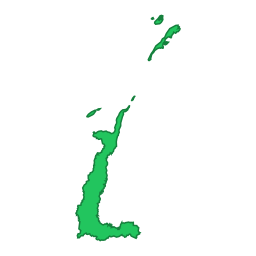 Halmahera Tengah, Maluku Utara, Indonesia, rotated 270°
{"feature_id": "22746128B46636453933041", "entity_name": "Halmahera Tengah", "entity_type": "district", "adm_level": 2, "iso_a3": "IDN", "parent_name": "Indonesia", "parent_adm1": "Maluku Utara", "projection": "mercator", "projection_center": [128.383, 0.221], "detail": "fine", "context": "isolated", "style": "filled", "palette": "green", "viewbox_px": 256, "rotation_deg": 270, "n_neighbors": 0, "source": "geoboundaries", "source_scale": "gbopen_adm2", "svg_char_len": 5749}
<svg xmlns="http://www.w3.org/2000/svg" viewBox="0 0 256 256"><g transform="rotate(270 128 128)"><path d="M33.6,133.3L33.3,132.2L33.6,132.1L33.6,130.5L33.3,130.3L33.9,128.7L33.3,125.3L32.8,124.8L32.6,125.0L33.1,123.4L32.8,121.9L33.5,121.8L31.1,120.5L29.6,120.3L28.7,119.3L28.5,118.4L28.1,118.4L28.1,119.2L28.5,119.4L28.1,119.9L27.8,119.1L26.6,119.1L26.6,118.5L27.2,119.0L27.7,118.9L27.6,118.6L28.0,118.7L27.4,118.3L27.7,117.9L27.3,117.5L28.0,117.0L27.8,116.5L28.9,114.3L28.6,112.2L29.1,112.8L29.1,111.7L30.2,111.7L29.8,111.5L29.4,111.0L29.4,110.8L29.7,110.5L29.6,111.0L30.0,111.3L30.3,111.2L29.9,110.9L29.9,110.7L30.4,111.0L30.1,110.4L30.6,110.9L31.4,110.6L31.3,111.2L31.8,110.9L31.3,110.2L31.7,110.1L31.6,109.7L30.7,109.4L30.8,109.0L31.3,109.0L30.6,108.8L30.5,108.5L31.2,108.7L30.7,108.2L31.5,108.4L31.8,107.3L32.2,107.3L32.1,106.6L32.5,106.6L31.8,105.4L32.0,104.8L31.1,103.4L31.4,102.4L33.0,100.1L34.2,99.6L34.5,98.9L35.2,99.1L35.7,98.5L37.7,98.6L39.2,96.9L39.6,97.1L40.2,96.7L40.3,98.2L41.3,97.2L41.9,97.7L43.8,97.7L44.6,98.1L45.6,97.6L46.2,98.0L47.7,97.3L50.6,98.4L52.4,97.4L53.6,99.4L55.0,99.3L56.2,100.1L57.4,100.2L59.7,99.1L61.6,99.9L61.8,100.5L62.3,99.9L63.0,99.9L63.7,100.2L63.5,100.9L63.9,101.1L63.5,101.2L63.9,101.8L64.9,101.9L64.4,102.3L64.7,102.7L64.2,102.8L64.3,103.2L66.7,102.9L67.6,104.0L68.9,104.1L69.5,105.1L70.6,105.3L71.1,105.0L71.1,104.0L71.6,103.7L71.9,105.2L72.7,105.7L74.4,106.2L74.9,105.6L74.9,106.3L76.1,106.7L76.5,106.5L76.3,106.9L76.9,107.1L78.5,106.6L80.6,107.1L83.4,106.1L85.4,106.8L88.2,105.9L89.3,106.0L91.3,107.4L93.3,107.5L95.6,106.3L97.3,106.6L97.6,106.2L97.9,106.4L97.6,106.6L98.8,107.6L100.0,107.3L100.8,107.8L101.0,109.2L101.8,109.5L102.2,110.4L102.7,110.4L102.4,110.7L102.7,110.9L102.4,111.1L102.7,111.1L102.7,112.1L103.4,112.2L104.5,113.4L106.7,113.8L107.9,115.1L108.9,115.4L109.6,116.5L114.3,116.3L116.8,116.7L119.9,117.5L120.7,118.3L122.1,118.4L123.5,119.2L126.0,118.9L130.1,120.7L133.0,120.7L139.2,122.4L141.8,123.5L143.5,123.2L144.5,124.4L144.3,125.0L144.7,125.9L146.2,127.7L147.6,128.2L148.7,129.2L150.7,129.6L147.4,127.2L146.5,125.7L146.1,122.7L144.7,121.0L142.7,119.5L140.6,118.7L137.7,116.9L135.9,116.4L133.9,116.7L132.1,116.4L131.4,115.8L128.1,114.7L127.2,115.3L124.7,114.8L123.0,113.4L122.4,111.3L123.6,109.5L124.0,107.5L124.9,106.2L124.3,102.9L125.1,101.4L124.7,98.8L124.0,97.3L122.7,95.9L122.7,95.2L123.7,94.6L124.0,94.0L123.6,93.4L122.6,94.0L120.6,93.1L119.8,93.3L119.2,94.3L119.1,95.6L118.5,96.4L117.6,96.5L117.9,97.3L116.7,98.5L116.8,99.9L117.3,100.8L117.0,101.5L112.3,102.6L111.8,104.1L110.0,104.8L109.6,104.0L107.9,104.1L107.3,102.9L106.5,102.9L105.4,101.9L103.7,101.6L103.6,100.7L102.9,100.1L103.1,97.5L102.2,97.0L101.3,98.0L101.3,96.6L100.6,95.9L98.7,95.3L97.8,95.8L97.3,94.9L95.2,94.2L93.9,94.5L91.5,94.1L91.0,94.5L90.6,93.7L88.6,93.9L87.1,93.2L85.7,93.5L83.7,92.0L83.2,90.3L82.1,90.0L80.9,89.1L80.7,88.2L77.0,88.3L76.2,89.0L75.5,88.9L74.5,86.4L72.9,86.4L71.8,85.5L71.2,84.4L68.1,82.7L65.1,83.5L64.7,83.2L64.3,84.0L63.5,83.7L63.0,84.1L62.2,84.0L61.1,83.4L59.1,84.1L57.3,83.5L56.9,83.9L55.5,82.2L54.9,82.0L54.3,82.5L53.0,81.1L50.8,80.9L50.5,78.0L49.7,77.7L48.3,78.3L47.6,77.5L47.1,77.8L45.9,77.6L45.1,76.8L44.1,76.9L43.1,76.1L42.4,76.0L42.4,76.5L41.6,76.8L40.9,76.7L41.3,77.4L40.3,78.3L39.5,78.2L38.7,78.9L38.3,78.5L37.7,78.9L37.3,78.6L37.2,79.2L36.8,79.4L35.3,78.6L34.4,79.8L27.1,78.9L25.5,80.7L22.6,80.1L22.1,79.2L22.3,78.2L21.1,77.6L20.1,77.3L19.4,77.9L18.2,77.7L18.3,79.3L20.3,81.1L20.3,83.1L21.6,83.8L22.9,86.1L21.8,86.7L21.6,87.5L22.2,89.7L21.0,90.3L19.9,91.6L20.6,92.6L19.5,93.8L19.8,95.9L19.1,97.0L18.3,96.3L17.3,96.1L16.7,96.5L16.2,97.6L16.7,98.6L15.4,100.2L16.0,101.4L15.8,103.1L16.1,105.1L17.9,107.0L17.9,108.1L18.9,108.4L19.9,109.8L19.3,110.5L19.2,111.2L20.0,113.8L18.9,116.5L19.5,119.0L21.4,121.9L20.5,122.2L20.0,123.8L18.8,124.7L19.3,126.1L20.8,126.9L20.6,128.0L21.9,129.4L21.7,130.4L20.2,131.0L19.7,131.7L17.7,136.1L18.9,136.8L19.2,136.4L20.1,136.5L20.9,137.1L22.0,139.4L22.3,139.3L23.2,140.0L23.3,139.0L23.8,139.1L25.0,138.2L28.3,138.7L29.5,137.2L30.4,136.8L30.6,133.4L33.6,133.3ZM202.5,151.3L196.4,148.3L195.6,148.6L195.5,149.3L196.6,150.8L197.6,150.7L201.6,151.7L203.7,153.7L205.5,154.8L207.8,158.0L207.7,158.7L208.1,159.4L207.8,160.6L208.5,161.6L207.8,162.3L207.9,163.1L209.0,163.3L210.2,162.8L211.7,162.9L213.1,163.4L214.5,164.8L217.1,165.3L217.3,166.1L218.7,167.5L219.4,169.2L218.8,169.6L218.2,171.0L219.0,171.5L219.5,171.1L220.1,171.3L220.4,171.9L221.5,172.3L222.2,173.2L223.8,173.7L222.8,175.4L223.4,176.4L224.2,176.6L224.4,178.2L226.3,179.8L227.4,180.0L227.9,179.4L227.5,178.1L229.5,179.7L229.0,178.5L229.2,178.0L230.8,178.1L230.6,175.8L227.4,169.8L222.5,166.4L218.6,164.7L217.1,162.4L214.0,160.8L210.1,155.9L204.6,152.9L202.5,151.3ZM237.4,158.1L234.2,154.9L233.0,154.6L231.8,155.6L232.3,159.7L233.7,161.3L235.6,162.5L236.8,162.9L237.4,162.7L236.1,162.2L236.9,162.2L236.6,161.3L238.0,161.0L235.6,159.2L236.1,158.6L236.9,158.9L236.8,158.1L237.6,159.3L237.1,159.1L237.0,159.6L237.4,159.5L237.5,160.1L239.3,161.4L239.4,162.2L238.6,162.4L238.8,162.7L240.2,162.8L240.6,161.4L240.2,160.1L237.4,158.1ZM139.6,86.9L139.2,87.1L139.1,88.3L141.2,92.5L142.0,93.6L145.2,95.9L145.7,95.9L145.8,95.1L144.0,91.4L141.7,88.4L139.6,86.9ZM213.1,164.9L212.4,163.7L211.5,164.5L211.2,165.3L211.8,166.6L213.8,168.5L214.2,166.3L213.3,164.8L213.6,165.5L213.1,166.5L212.6,166.5L212.5,165.9L212.9,165.9L213.1,164.9ZM155.1,131.4L156.4,133.2L157.8,133.3L157.1,133.6L158.0,133.6L159.6,134.7L159.7,134.3L158.0,132.8L155.1,131.4ZM146.4,97.2L145.8,97.9L146.3,99.3L147.3,100.2L147.1,98.4L146.4,97.2ZM237.2,153.6L238.4,153.0L238.1,152.2L237.2,151.5L236.7,152.2L237.2,153.6ZM63.5,101.9L63.3,101.3L62.7,101.1L62.9,101.8L63.1,101.6L63.5,101.9Z" fill="#22c55e" stroke="#15803d" stroke-width="1.5"/></g></svg>